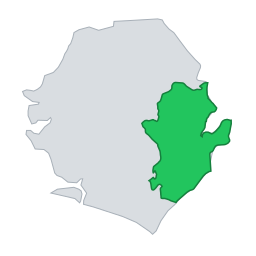 Eastern on a map of Sierra Leone (Albers equal-area conic projection), rotated 357°
{"feature_id": "SLE-790", "entity_name": "Eastern", "entity_type": "Province", "adm_level": 1, "iso_a3": "SLE", "parent_name": "Sierra Leone", "parent_adm1": "", "projection": "albers", "projection_center": [-11.073, 8.208], "detail": "fine", "context": "in_parent", "style": "filled", "palette": "green", "viewbox_px": 256, "rotation_deg": 357, "n_neighbors": 0, "source": "natural_earth", "source_scale": "10m", "svg_char_len": 5341}
<svg xmlns="http://www.w3.org/2000/svg" viewBox="0 0 256 256"><g transform="rotate(357 128 128)"><path d="M231.3,125.6L231.1,127.8L229.2,137.7L226.1,146.3L224.0,148.4L215.3,150.7L211.6,154.4L208.4,166.6L206.3,176.1L203.3,177.7L190.4,191.5L182.0,196.7L176.2,201.2L170.6,207.0L163.6,212.7L156.1,222.3L150.7,232.3L147.0,235.4L144.3,232.6L131.4,222.7L118.0,216.1L89.2,205.0L79.6,201.9L80.0,198.0L83.3,190.9L78.0,182.5L80.1,176.4L78.0,176.4L73.9,180.0L65.1,178.9L59.3,173.7L54.6,171.7L52.5,169.1L49.5,155.3L47.4,149.0L43.0,145.1L34.2,144.1L30.6,135.7L25.8,129.1L26.6,125.1L30.6,125.3L33.7,128.3L38.7,129.5L44.9,122.5L50.5,118.7L51.9,115.3L51.2,113.5L47.8,116.3L38.5,115.5L36.2,118.1L32.1,118.9L28.9,110.6L29.1,105.8L30.4,100.4L39.8,99.5L40.6,97.8L34.1,96.6L26.1,90.3L24.6,86.0L28.7,84.6L32.5,85.3L35.8,86.2L39.4,84.7L42.8,82.4L44.8,79.4L47.6,71.3L56.4,68.6L61.6,63.7L66.5,56.0L68.8,50.6L70.8,47.9L72.1,45.6L73.0,43.0L75.2,40.7L77.6,35.0L79.1,29.8L84.2,27.3L94.5,25.1L103.8,28.9L118.8,25.7L119.6,20.8L133.4,20.8L149.7,20.7L163.3,20.6L167.9,21.9L169.6,25.6L174.1,31.3L178.8,35.2L184.5,43.9L191.3,54.0L198.6,63.1L203.2,68.0L203.8,69.8L203.4,71.7L201.1,76.4L199.2,81.4L199.4,83.2L200.8,84.2L208.4,85.7L209.1,91.3L209.1,99.1L212.8,106.3L216.3,111.6L216.2,113.5L207.6,122.5L204.2,131.5L202.5,134.1L201.8,136.1L203.6,137.0L205.9,136.4L209.3,137.2L212.4,137.4L216.7,134.2L223.7,125.9L226.0,124.9L231.3,125.6ZM76.9,198.4L75.8,200.2L71.3,195.7L47.6,188.9L54.3,185.4L70.8,184.4L75.6,186.5L77.8,188.2L78.6,191.5L76.9,198.4Z" fill="#d9dde1" stroke="#a8b0b8" stroke-width="1"/><path d="M210.0,87.0L209.0,91.3L208.7,93.7L208.8,98.7L208.9,99.4L209.5,101.4L209.6,101.7L209.5,102.4L209.5,102.7L209.8,103.0L210.2,103.3L210.4,103.5L213.3,107.2L214.3,108.0L214.7,108.7L217.6,112.6L217.1,114.1L216.2,115.5L214.9,116.4L213.3,116.5L211.9,116.8L210.6,117.9L209.5,119.4L208.4,121.4L207.3,122.4L206.9,123.2L206.7,124.2L206.7,125.0L206.5,125.5L205.8,125.6L204.8,131.6L203.8,133.3L202.5,134.8L200.9,137.1L200.2,139.4L201.6,140.6L202.1,138.3L203.5,136.9L205.4,136.2L207.7,136.3L208.7,136.8L210.7,138.0L211.4,138.2L212.7,137.7L215.1,136.1L219.1,132.1L220.0,131.0L221.6,127.6L222.3,126.7L223.1,125.9L224.0,125.4L225.0,125.0L227.1,124.7L227.6,124.7L229.4,125.3L230.0,125.6L230.6,125.8L231.4,125.7L231.3,129.2L229.2,137.8L228.0,140.4L227.9,142.0L228.4,143.9L228.9,145.3L228.7,146.6L227.1,148.3L225.7,149.0L224.4,149.5L223.0,149.7L217.4,149.7L216.0,149.9L214.4,150.7L213.4,152.0L211.8,155.0L211.1,155.7L209.3,156.6L208.7,157.2L208.4,157.8L208.3,158.6L208.5,175.4L207.0,175.7L206.5,175.8L203.2,177.6L200.6,179.9L191.4,191.1L190.7,192.0L189.9,192.6L189.0,193.0L186.4,193.6L183.6,195.2L173.3,203.3L172.1,204.9L167.0,202.9L165.2,201.8L162.9,200.9L161.1,200.3L160.3,200.2L159.4,200.2L158.5,200.1L157.8,199.9L157.5,199.7L157.4,199.4L157.4,197.8L157.3,196.2L157.3,194.7L157.3,194.3L157.1,191.2L157.1,190.5L157.3,189.9L158.9,188.2L159.0,188.0L158.0,186.6L157.7,186.4L157.4,186.2L157.1,186.0L156.7,185.9L156.4,185.9L156.0,186.0L155.3,186.3L154.8,186.7L152.6,189.3L151.1,190.7L150.8,190.9L150.5,191.0L150.1,191.2L149.8,191.2L149.4,191.1L149.1,190.9L148.8,190.8L148.4,189.9L148.2,188.4L147.9,184.7L147.5,183.1L147.1,182.2L146.4,181.9L146.2,181.7L148.1,180.5L150.3,178.9L150.6,178.7L150.8,178.8L151.0,179.0L151.2,179.3L151.5,179.9L151.7,180.2L152.0,180.3L152.3,180.2L152.6,180.0L152.9,179.8L153.3,179.2L153.5,178.5L153.8,176.9L153.9,176.6L154.0,176.3L154.1,175.8L154.0,175.4L152.9,172.4L152.7,172.2L152.5,172.3L152.3,172.5L151.3,173.9L151.1,174.1L150.9,174.1L150.8,173.8L150.7,173.2L150.7,171.5L151.4,168.3L151.6,168.0L151.8,167.7L156.2,164.5L156.5,164.2L157.3,163.3L157.8,162.9L158.1,162.7L158.3,162.4L158.5,162.2L158.8,161.5L159.2,160.0L159.2,159.3L159.2,158.5L159.0,156.6L158.9,154.0L158.7,152.6L157.0,147.9L156.9,147.5L156.8,147.1L156.8,146.8L156.9,146.6L156.9,146.2L156.7,145.8L156.2,145.1L151.5,140.4L148.6,136.6L147.4,135.4L147.1,135.3L145.7,133.9L145.4,133.4L145.3,132.9L145.2,131.8L145.3,130.6L145.2,130.2L145.0,129.6L144.0,128.4L143.4,127.9L142.9,127.0L142.1,124.1L143.6,122.7L144.8,121.9L145.1,121.7L145.6,121.5L146.4,121.4L146.9,121.4L147.4,121.4L148.4,121.8L148.8,121.9L149.2,121.9L149.6,121.9L153.1,121.0L153.4,121.0L153.8,121.1L154.1,121.3L154.6,121.7L154.9,121.9L155.2,122.0L155.6,122.0L155.9,122.1L156.2,122.3L156.4,122.6L156.6,122.8L156.9,122.9L157.3,122.8L157.7,122.6L158.1,122.0L158.5,121.2L159.4,118.5L159.4,118.3L159.4,118.0L159.3,117.7L159.2,117.3L158.8,116.8L158.7,116.5L158.6,116.1L158.8,115.4L159.5,113.2L159.6,112.5L159.6,112.1L159.5,111.7L159.4,111.4L159.0,110.8L158.9,110.4L158.8,110.1L158.9,108.3L158.6,105.4L158.7,105.1L158.9,104.8L159.2,104.5L160.8,103.5L161.4,103.0L161.8,102.5L162.0,102.2L162.7,100.5L164.0,96.6L164.2,96.3L164.4,96.1L165.0,95.7L170.0,94.0L170.7,93.7L172.7,92.3L173.2,91.8L173.6,91.3L173.7,91.0L173.8,90.6L173.9,90.3L174.0,88.9L174.1,88.1L174.4,87.4L175.2,86.3L175.4,86.0L175.7,85.8L176.1,85.5L176.7,85.2L177.2,85.1L177.7,85.0L184.8,85.9L185.4,86.1L185.8,86.3L186.8,87.2L188.1,88.8L188.5,89.3L189.3,89.9L193.8,93.1L194.7,93.6L195.1,93.7L195.7,93.7L196.5,93.7L198.5,93.1L198.9,93.0L199.4,93.0L200.9,93.3L201.8,93.4L202.7,93.3L203.1,93.2L203.5,92.9L204.0,92.1L203.9,91.7L203.8,91.4L202.5,90.8L202.2,90.6L202.0,90.4L201.9,90.1L202.0,89.9L206.1,87.2L207.3,86.9L210.0,87.0L210.0,87.0Z" fill="#22c55e" stroke="#15803d" stroke-width="1.5"/></g></svg>